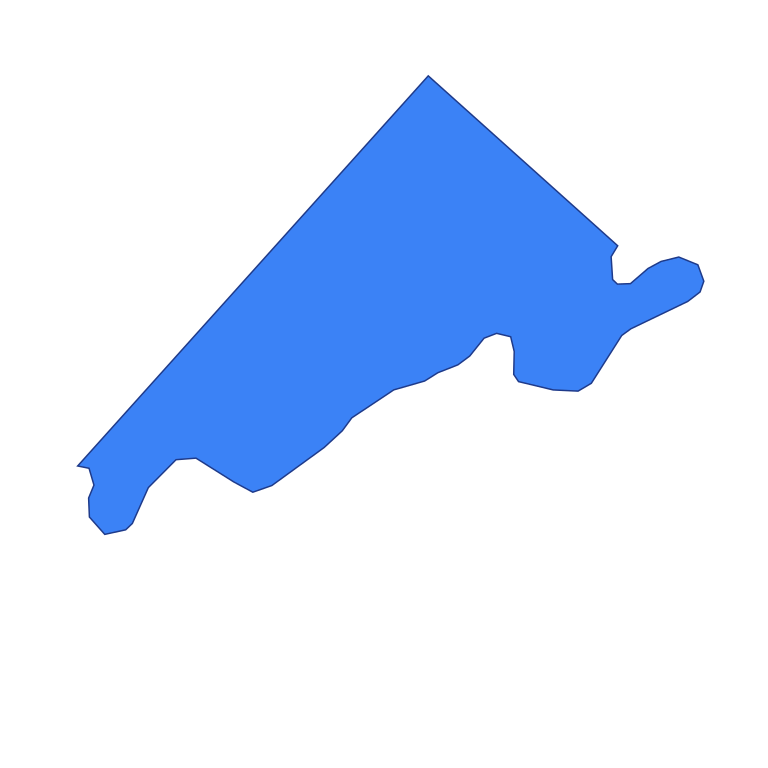 the district of Hughes, South Dakota, United States of America, rotated 312°
{"feature_id": "52423323B77405573289865", "entity_name": "Hughes", "entity_type": "district", "adm_level": 2, "iso_a3": "USA", "parent_name": "United States of America", "parent_adm1": "South Dakota", "projection": "natural_earth1", "projection_center": [-100.02, 44.323], "detail": "fine", "context": "isolated", "style": "filled", "palette": "blue", "viewbox_px": 768, "rotation_deg": 312, "n_neighbors": 0, "source": "geoboundaries", "source_scale": "gbopen_adm2", "svg_char_len": 745}
<svg xmlns="http://www.w3.org/2000/svg" viewBox="0 0 768 768"><g transform="rotate(312 384 384)"><path d="M634.9,210.7L118.1,211.2L124.0,221.2L114.8,236.1L101.6,240.8L88.0,254.1L85.4,277.1L102.8,289.6L112.0,290.3L149.3,278.2L188.6,280.1L203.1,293.9L210.7,337.9L215.8,358.9L233.5,368.6L296.7,382.0L321.3,384.3L337.3,382.7L386.2,395.2L413.4,412.2L428.5,416.5L447.7,426.1L462.2,429.0L485.0,427.7L497.0,433.8L503.9,446.5L495.3,459.0L477.9,474.0L475.8,482.4L492.8,513.7L508.6,533.0L523.3,537.6L579.1,528.2L590.2,530.5L648.7,554.5L663.9,557.3L674.4,552.9L682.6,537.5L675.6,518.1L660.5,507.9L646.5,502.9L623.5,500.0L614.4,490.6L614.6,484.0L630.6,467.6L643.1,465.2L642.6,210.7L634.9,210.7Z" fill="#3b82f6" stroke="#1e3a8a" stroke-width="1.5"/></g></svg>